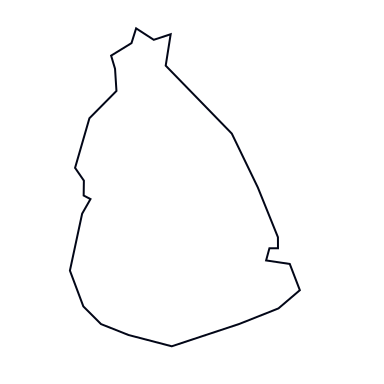 Green, Kentucky, United States of America (Natural Earth projection), rotated 7°
{"feature_id": "52423323B48611820693304", "entity_name": "Green", "entity_type": "district", "adm_level": 2, "iso_a3": "USA", "parent_name": "United States of America", "parent_adm1": "Kentucky", "projection": "natural_earth1", "projection_center": [-85.565, 37.291], "detail": "fine", "context": "isolated", "style": "outline", "palette": "ink", "viewbox_px": 384, "rotation_deg": 7, "n_neighbors": 0, "source": "geoboundaries", "source_scale": "gbopen_adm2", "svg_char_len": 507}
<svg xmlns="http://www.w3.org/2000/svg" viewBox="0 0 384 384"><g transform="rotate(7 192 192)"><path d="M80.4,284.9L98.1,318.8L117.8,334.2L146.5,341.7L190.7,347.6L255.0,317.2L292.0,297.0L311.0,276.3L297.8,251.5L273.9,250.9L275.7,238.4L284.2,237.4L282.8,226.4L256.8,179.5L224.4,129.2L150.5,69.8L151.6,38.0L135.5,45.6L116.6,36.4L113.8,51.6L95.1,66.5L100.6,79.1L104.7,100.9L81.2,131.3L73.0,182.3L83.3,193.9L84.9,208.7L92.1,211.4L85.6,226.9L80.4,284.9Z" fill="none" stroke="#020617" stroke-width="2"/></g></svg>